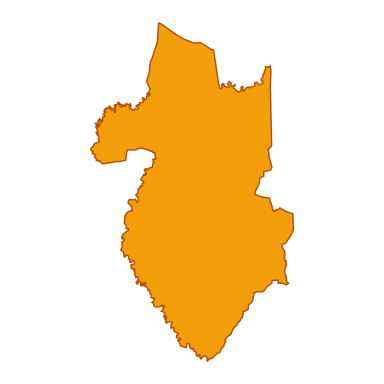 Chum Phuang, Nakhon Ratchasima, Thailand
{"feature_id": "78962969B76863241399521", "entity_name": "Chum Phuang", "entity_type": "district", "adm_level": 2, "iso_a3": "THA", "parent_name": "Thailand", "parent_adm1": "Nakhon Ratchasima", "projection": "natural_earth1", "projection_center": [102.724, 15.266], "detail": "fine", "context": "isolated", "style": "filled", "palette": "amber", "viewbox_px": 384, "rotation_deg": 0, "n_neighbors": 0, "source": "geoboundaries", "source_scale": "gbopen_adm2", "svg_char_len": 6007}
<svg xmlns="http://www.w3.org/2000/svg" viewBox="0 0 384 384"><path d="M200.5,42.6L193.8,43.1L183.7,39.0L176.8,35.0L161.5,24.2L158.6,23.0L157.4,42.2L151.4,60.2L150.5,61.2L149.2,72.5L146.6,81.6L150.2,89.0L148.6,92.3L150.0,93.9L149.9,94.8L148.5,95.3L147.8,93.3L147.1,93.3L146.9,94.6L148.0,96.3L146.7,96.8L146.2,99.2L145.1,100.1L143.7,98.0L142.4,98.2L143.5,101.4L143.2,102.3L139.6,102.8L139.7,105.1L138.0,104.4L136.1,106.0L136.2,106.8L137.5,106.8L138.4,107.8L137.8,109.4L134.8,108.8L133.6,110.1L132.5,110.3L131.5,108.7L129.4,107.9L131.0,105.5L130.2,103.9L128.9,105.4L128.0,104.2L126.2,103.6L126.1,105.2L124.8,105.1L125.0,106.2L124.2,106.2L123.9,105.1L122.8,105.3L121.5,107.7L121.5,106.7L120.0,106.2L119.8,105.4L121.5,104.6L120.4,104.2L118.6,102.2L117.9,102.7L119.1,103.2L119.2,104.2L117.9,103.6L116.9,104.7L115.1,104.6L114.3,105.3L114.4,105.9L115.5,105.8L116.1,106.6L113.6,108.3L114.7,108.5L115.5,109.5L115.3,112.3L114.4,112.1L113.7,110.0L111.6,110.3L111.8,108.4L110.5,107.4L109.8,106.0L109.0,106.8L110.2,108.0L109.7,108.9L106.9,107.7L106.3,109.1L105.4,108.7L104.3,110.0L105.4,110.9L104.1,111.8L105.5,112.6L103.2,114.4L104.7,115.4L104.7,116.4L102.5,117.1L102.9,120.7L101.1,122.2L101.3,119.8L99.9,118.9L99.8,120.8L99.4,121.0L98.5,120.1L97.7,123.2L95.4,123.4L96.6,125.6L97.1,125.4L96.9,123.8L99.3,124.0L100.0,124.7L99.5,125.3L98.2,124.6L98.6,127.0L97.2,126.0L95.8,126.8L97.9,131.5L97.5,132.1L96.4,132.1L96.1,132.8L98.1,133.8L97.6,134.8L96.4,134.7L97.7,135.0L98.7,136.7L98.9,138.0L98.4,139.6L99.3,141.4L98.3,142.3L95.2,143.1L94.0,144.5L93.3,146.8L92.0,147.1L90.6,149.0L91.3,150.4L92.4,151.0L92.4,152.0L93.0,151.7L92.6,153.9L95.4,154.5L94.4,156.9L96.2,158.7L96.4,160.7L97.8,160.4L99.1,161.4L99.8,160.9L102.2,163.7L106.2,163.5L108.2,162.3L108.9,163.0L116.3,161.5L118.3,161.8L125.6,160.2L126.8,151.3L127.8,149.8L135.8,149.9L137.7,148.6L141.4,148.3L148.4,149.8L148.9,150.6L150.1,150.5L150.7,151.4L152.0,151.0L152.8,152.5L154.9,152.6L154.9,155.5L155.4,156.1L155.8,158.9L155.6,159.2L154.8,158.5L154.1,159.4L152.9,159.4L152.9,160.4L154.0,162.0L153.0,162.8L152.3,167.5L149.8,167.7L147.1,170.1L146.6,168.6L144.6,169.2L144.3,170.1L146.4,174.1L145.3,175.4L144.7,175.2L144.6,174.1L143.9,174.4L140.8,179.4L144.0,182.4L141.9,183.9L142.5,185.4L141.7,186.7L140.5,185.9L139.5,188.7L138.3,188.5L137.9,193.0L135.8,195.0L138.4,198.6L138.6,200.5L137.1,202.3L135.4,199.3L133.3,199.9L130.1,199.4L129.1,199.8L128.2,201.5L128.3,203.3L131.0,205.8L132.6,210.8L130.9,210.7L127.1,212.4L125.0,215.7L124.3,223.7L126.1,224.5L126.1,228.5L128.2,228.7L128.6,230.1L123.0,234.3L121.7,237.4L122.2,238.9L123.4,237.8L124.3,239.0L123.4,241.3L121.9,241.8L122.2,247.6L121.0,249.2L121.0,250.4L123.4,251.8L124.3,257.0L124.8,257.0L125.5,255.2L126.3,255.7L127.6,255.3L128.6,256.2L128.5,258.9L130.2,259.9L129.8,261.5L130.2,262.3L131.8,262.1L132.7,260.5L133.8,260.8L134.5,262.6L134.3,263.8L133.4,264.5L131.5,264.6L130.8,265.7L131.4,266.7L131.3,268.6L132.8,268.3L133.5,269.7L134.5,268.9L135.1,269.3L134.4,271.0L135.1,273.6L134.4,274.8L135.9,276.2L135.6,277.4L137.6,277.1L138.4,279.4L138.4,280.9L137.5,280.4L136.1,282.7L137.5,284.2L138.4,282.3L140.2,281.6L140.8,282.6L140.7,285.3L142.2,286.2L141.6,285.4L142.5,283.3L143.3,283.3L143.4,285.0L144.2,284.4L144.6,282.6L145.7,282.5L145.7,283.9L144.5,286.0L146.2,286.7L147.9,288.7L148.0,290.5L149.5,290.2L150.2,293.6L151.6,295.1L151.1,297.3L152.8,298.5L153.7,297.9L154.8,298.5L153.6,300.9L152.0,302.5L153.1,302.8L154.2,306.2L155.8,306.9L159.3,306.8L160.5,306.0L162.0,306.5L162.0,305.3L162.6,305.0L164.3,306.3L164.3,307.0L162.9,307.3L163.3,308.4L163.0,309.6L161.3,311.2L163.2,311.8L164.9,313.1L163.7,317.0L164.9,316.8L165.5,315.9L166.1,316.1L164.8,318.7L165.2,319.3L166.3,318.6L165.5,321.6L166.7,323.2L167.6,321.8L171.6,322.0L172.2,322.6L172.3,323.4L171.0,324.8L171.0,328.1L173.7,327.3L173.8,330.3L174.9,331.9L178.2,333.4L178.2,334.3L176.8,335.3L176.4,337.5L180.3,338.5L180.4,339.9L178.3,339.8L177.8,340.3L180.0,343.4L180.4,345.7L186.1,347.8L186.7,346.4L186.8,343.8L187.6,343.3L188.8,343.8L189.7,344.5L189.4,346.2L190.5,348.6L191.9,348.1L192.3,349.3L193.2,348.5L194.4,349.8L194.1,351.1L196.5,352.3L196.2,353.8L196.5,355.9L198.7,356.1L199.3,354.6L199.7,354.6L200.2,358.1L201.0,359.0L202.7,356.4L206.0,356.1L207.4,358.3L206.9,360.3L207.6,361.0L208.5,359.4L209.1,359.6L210.3,358.3L211.8,358.6L217.6,353.0L219.1,352.8L220.3,351.8L221.1,349.3L222.2,347.4L223.6,346.4L224.5,343.2L225.7,341.6L225.0,340.8L225.3,339.1L226.5,338.0L227.1,336.6L229.7,335.3L231.0,333.8L233.1,328.9L235.1,326.3L236.6,325.4L237.4,323.2L240.2,320.6L240.8,318.6L242.0,318.1L243.2,313.8L243.0,311.4L244.6,311.4L248.1,309.2L248.6,304.4L250.2,303.8L252.7,300.6L254.0,293.1L256.9,291.6L261.6,291.9L263.7,291.3L267.0,286.7L271.8,283.2L272.0,280.5L278.0,280.2L278.3,283.4L282.1,283.0L286.6,284.8L288.5,283.2L286.6,281.5L286.1,276.7L284.7,272.5L284.9,269.0L286.6,264.2L286.0,263.8L286.0,260.7L285.4,260.9L284.7,260.0L284.7,257.5L284.2,257.2L285.0,255.3L284.4,250.7L282.3,247.6L281.9,245.6L282.5,244.2L285.7,243.1L290.1,236.5L293.2,230.3L293.4,227.0L292.8,213.9L285.9,211.4L279.9,207.9L278.2,209.6L275.5,209.9L275.4,211.3L273.9,210.7L273.5,211.1L272.2,208.3L272.1,206.7L270.7,202.5L270.2,202.4L269.6,198.1L261.5,196.9L257.3,195.4L255.2,194.4L254.9,192.3L258.9,184.0L260.1,177.8L263.8,176.2L263.7,171.8L270.3,170.1L271.3,168.8L271.8,166.9L269.3,157.7L268.1,149.4L271.1,146.5L271.6,144.8L270.3,86.4L270.9,71.3L270.3,66.0L268.1,67.4L265.5,66.6L265.6,69.0L264.5,71.0L264.3,72.9L263.0,74.8L263.0,77.2L261.0,79.2L261.3,80.5L263.0,82.1L262.6,83.2L261.5,83.9L258.4,84.7L257.3,82.4L255.2,82.4L254.6,83.3L254.7,85.6L254.1,86.3L250.4,87.2L250.0,87.9L248.3,86.9L246.2,88.0L243.9,91.1L242.8,90.1L243.4,87.3L242.8,86.6L241.9,86.7L241.0,87.5L241.1,91.2L238.1,92.0L233.3,87.6L233.3,86.7L234.9,85.9L235.1,84.8L231.8,86.3L231.0,85.2L231.1,83.1L229.2,81.5L227.5,83.9L229.1,85.9L229.2,87.4L224.5,86.6L223.8,83.9L222.9,83.6L221.6,85.0L222.4,87.5L220.4,88.6L219.7,88.0L219.6,86.3L218.7,84.7L213.6,50.0L210.1,48.8L200.5,42.6Z" fill="#f59e0b" stroke="#b45309" stroke-width="1.5"/></svg>